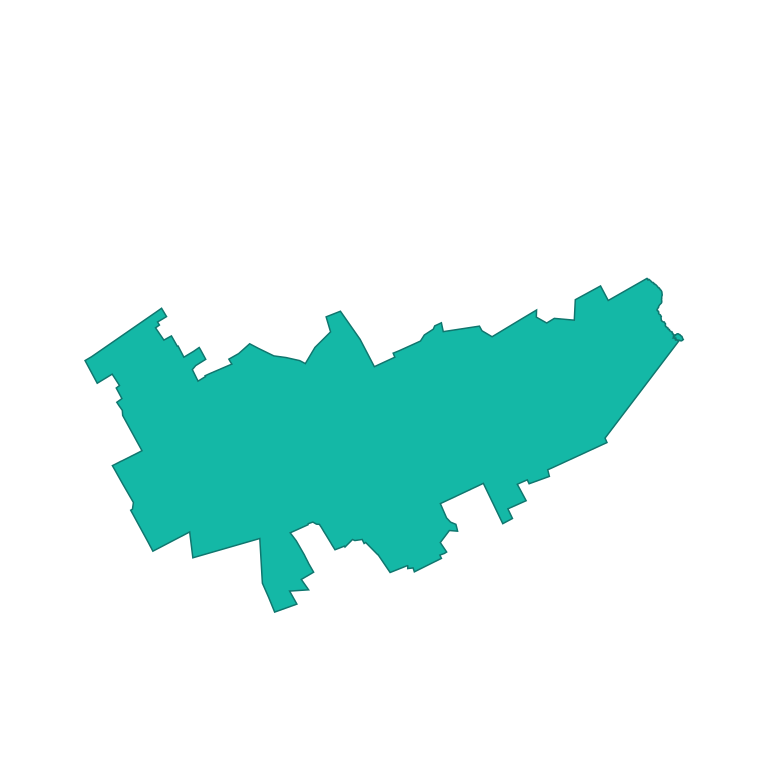 Hecelchakán, Campeche, Mexico, rotated 148°
{"feature_id": "50627088B80471800868115", "entity_name": "Hecelchakán", "entity_type": "district", "adm_level": 2, "iso_a3": "MEX", "parent_name": "Mexico", "parent_adm1": "Campeche", "projection": "robinson", "projection_center": [-90.315, 20.094], "detail": "fine", "context": "isolated", "style": "filled", "palette": "teal", "viewbox_px": 768, "rotation_deg": 148, "n_neighbors": 0, "source": "geoboundaries", "source_scale": "gbopen_adm2", "svg_char_len": 5796}
<svg xmlns="http://www.w3.org/2000/svg" viewBox="0 0 768 768"><g transform="rotate(148 384 384)"><path d="M111.1,264.3L111.4,264.4L111.7,264.4L111.8,264.7L112.1,265.5L112.3,265.8L112.4,266.1L112.7,266.5L113.0,266.5L113.5,266.8L113.4,267.0L113.3,267.5L113.1,267.8L113.1,268.3L113.6,269.1L113.9,269.4L114.4,269.8L114.1,269.9L113.8,270.1L113.7,270.4L113.4,270.8L113.2,271.3L112.8,271.5L112.4,271.9L112.1,272.3L112.3,272.9L112.6,273.3L112.7,273.5L112.3,273.6L112.2,273.7L112.2,274.0L112.4,274.4L112.3,274.8L112.4,275.1L112.1,275.4L112.2,275.5L112.5,275.7L112.6,275.8L112.6,276.0L112.7,276.4L112.8,276.6L112.9,276.8L113.2,277.2L113.2,277.5L113.5,278.0L113.4,278.1L113.4,278.4L113.5,278.7L113.4,279.0L113.2,279.1L113.4,279.3L113.7,279.9L113.9,280.0L113.8,280.4L113.8,280.6L113.6,280.7L113.5,280.9L113.5,281.0L113.9,281.6L114.2,281.9L114.2,282.1L114.2,282.4L114.1,282.5L114.3,282.9L114.5,283.0L114.7,283.4L114.6,283.6L114.5,283.8L114.6,284.0L114.5,284.3L114.3,284.4L114.2,284.8L114.2,285.0L113.9,285.3L113.6,285.5L113.3,286.2L113.6,286.7L113.6,287.0L113.4,287.7L113.4,287.8L113.4,288.0L113.8,288.1L114.0,288.3L114.1,288.6L114.8,289.5L115.0,289.9L115.0,290.4L114.8,290.7L114.9,290.9L115.1,291.1L114.9,291.4L114.7,291.7L114.4,292.3L114.2,292.9L114.0,293.4L113.7,293.7L113.3,294.0L113.0,294.3L113.0,294.8L113.4,295.2L113.1,295.5L113.0,295.9L113.1,296.5L113.5,297.2L113.6,297.7L113.8,298.0L113.7,298.3L113.5,298.9L113.2,299.0L112.9,299.2L112.8,299.6L112.8,300.1L112.9,300.4L113.1,300.7L113.0,301.1L113.3,301.3L113.3,301.9L112.8,302.6L112.3,302.8L111.8,302.9L111.1,303.4L110.9,303.4L110.3,303.7L110.3,303.9L110.2,304.1L109.3,304.6L108.5,305.0L107.7,305.2L106.6,305.5L106.3,305.5L105.6,305.8L105.2,306.1L104.9,306.6L104.9,306.8L104.6,306.9L104.5,307.1L104.4,307.5L104.2,307.7L104.1,308.0L103.9,308.5L103.7,308.9L103.4,309.0L103.1,309.5L102.9,309.7L102.8,309.9L102.7,310.1L102.5,310.5L102.4,310.6L101.9,311.1L101.7,311.4L101.2,311.7L100.9,312.1L100.6,312.6L100.5,312.9L100.3,313.2L100.3,313.3L100.3,313.5L100.1,313.9L100.0,314.1L99.9,314.3L99.7,314.4L99.6,314.6L99.4,315.7L99.4,316.2L99.4,316.7L99.5,316.8L99.5,317.1L99.7,317.3L99.6,317.5L99.7,317.8L99.7,318.3L99.6,318.6L99.7,318.9L99.7,319.3L99.8,319.8L100.1,319.9L100.1,320.0L100.3,320.3L100.4,320.8L100.3,321.2L100.5,321.5L100.4,321.8L100.5,322.3L100.5,322.5L100.6,323.0L100.7,323.6L100.9,324.1L101.0,324.6L101.4,324.8L101.4,325.1L101.5,325.4L101.8,325.6L101.7,325.7L101.6,326.1L101.8,326.7L102.0,326.8L102.0,327.0L102.0,327.5L102.4,327.7L102.5,327.7L102.6,327.9L102.7,328.1L102.8,328.2L102.9,328.6L102.9,328.9L102.9,329.1L103.1,329.3L103.1,329.5L103.1,329.8L103.1,330.0L103.4,330.9L103.6,331.7L103.9,332.2L103.9,332.4L104.2,332.6L104.3,332.5L104.3,332.3L104.5,332.4L104.6,332.5L104.8,332.4L104.9,332.2L105.0,332.2L105.0,332.5L104.8,332.8L104.9,333.1L105.0,333.2L104.9,333.4L104.9,333.9L104.9,334.1L105.0,334.2L149.6,336.0L148.4,352.4L177.1,354.1L188.8,337.3L204.8,349.4L213.7,349.5L219.4,360.0L215.4,365.9L235.1,366.3L267.3,366.8L272.7,377.2L272.4,382.5L306.0,397.0L302.9,405.5L310.2,406.4L313.1,404.4L323.8,404.2L330.3,401.1L340.2,402.4L353.6,404.2L355.3,404.5L359.9,405.3L360.6,401.0L383.0,403.8L380.6,434.5L382.4,468.8L397.5,471.6L401.7,456.5L423.2,451.6L439.9,443.0L443.1,448.5L453.0,458.3L462.5,466.2L471.4,480.4L476.6,489.3L491.1,486.8L502.4,487.3L502.5,484.9L502.5,481.5L524.6,484.9L527.3,485.3L531.4,485.8L531.5,484.8L532.0,484.9L540.2,485.0L538.9,497.8L533.9,499.4L522.1,499.4L521.4,510.8L521.4,512.9L528.3,512.6L539.5,512.8L538.5,525.3L539.3,525.6L538.8,537.4L540.2,537.5L547.4,537.9L548.0,552.7L543.2,553.0L543.2,556.6L540.2,556.5L532.7,556.4L532.5,566.1L540.2,565.7L617.5,562.1L625.1,562.3L626.8,536.6L609.3,536.4L609.1,522.9L613.2,522.5L614.0,510.5L620.3,510.1L620.2,505.8L619.9,500.3L622.3,495.8L624.6,455.7L627.6,455.9L647.1,457.7L648.3,457.9L649.9,458.0L657.6,458.7L657.7,456.1L658.6,436.8L659.3,416.3L663.7,411.1L665.7,411.2L667.9,374.0L668.2,370.2L668.3,368.3L668.4,367.3L668.6,364.7L627.2,361.5L638.2,337.9L571.2,318.8L592.7,279.5L594.9,264.1L597.6,248.5L574.5,243.5L573.8,258.4L557.0,249.4L557.7,262.1L543.4,261.7L543.0,272.3L542.9,272.5L542.3,279.6L542.1,281.1L541.5,297.5L542.4,307.5L523.0,304.9L522.3,305.7L517.5,304.6L515.6,301.0L513.1,299.1L513.2,297.7L513.1,296.6L513.1,295.7L513.1,294.6L513.1,294.4L513.1,294.0L513.2,291.4L513.2,290.8L513.2,290.7L513.2,290.1L513.2,288.0L513.3,277.5L513.4,275.6L513.4,272.4L513.4,271.1L513.4,269.4L503.5,267.5L503.5,266.4L493.1,268.8L491.7,266.7L484.9,263.7L485.4,259.3L483.5,259.3L479.8,242.7L479.5,242.6L478.7,220.9L460.5,217.6L460.2,217.2L461.7,214.9L456.8,212.6L457.8,208.6L427.7,205.7L427.3,209.3L422.6,208.3L419.9,208.3L420.3,219.7L406.2,225.1L399.6,220.2L398.9,222.1L397.4,226.9L400.7,231.5L400.9,232.3L401.9,237.3L399.6,252.7L352.4,247.1L354.7,226.3L354.7,226.1L357.3,202.6L346.3,201.9L345.1,212.5L325.3,209.7L324.4,223.2L324.1,228.3L321.5,228.0L313.3,226.8L313.8,222.5L292.7,218.0L290.6,224.5L285.8,223.8L225.9,216.2L225.2,221.0L169.3,242.2L111.1,264.3ZM110.4,264.7L110.2,264.3L109.7,263.6L109.2,263.1L108.3,262.9L108.0,262.9L107.8,263.0L107.3,263.0L106.9,263.0L106.7,263.1L107.0,263.5L106.7,263.7L106.5,264.1L106.6,264.5L106.4,264.9L106.4,265.5L106.2,265.8L106.2,266.7L106.3,267.0L106.7,267.6L106.8,268.0L106.8,268.4L106.9,268.7L106.9,269.1L107.1,269.4L107.4,269.5L107.6,269.9L107.8,270.3L107.9,270.7L108.2,270.9L108.6,271.1L108.9,271.3L109.2,271.2L109.6,271.0L110.3,271.1L110.5,271.1L110.8,271.2L110.9,271.4L111.2,271.4L111.3,270.9L111.4,270.7L111.8,270.7L112.2,270.8L112.7,270.6L112.9,270.3L113.3,270.0L113.5,269.6L113.4,269.1L113.1,268.7L112.7,268.5L112.4,268.5L112.4,268.3L112.2,268.2L112.5,267.7L112.8,267.1L112.8,266.8L112.4,266.5L112.2,266.4L112.0,266.1L111.8,265.5L111.7,265.2L111.1,265.0L110.6,265.0L110.4,264.7Z" fill="#14b8a6" stroke="#0f766e" stroke-width="1.5"/></g></svg>